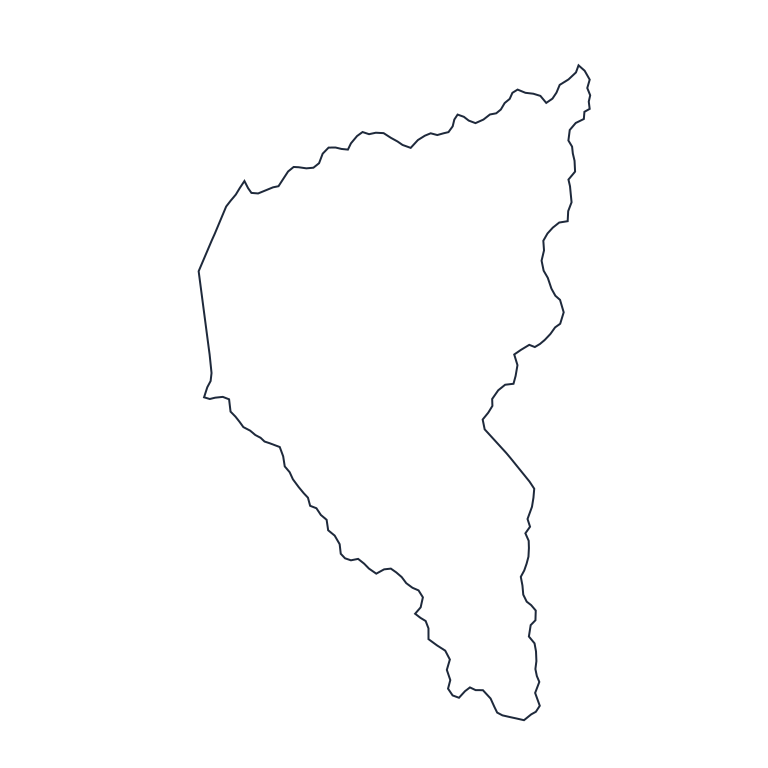 Gaspar, Santa Catarina, Brazil, rotated 183°
{"feature_id": "56859067B46612924507045", "entity_name": "Gaspar", "entity_type": "district", "adm_level": 2, "iso_a3": "BRA", "parent_name": "Brazil", "parent_adm1": "Santa Catarina", "projection": "equal_earth", "projection_center": [-48.984, -26.919], "detail": "fine", "context": "isolated", "style": "outline", "palette": "slate", "viewbox_px": 768, "rotation_deg": 183, "n_neighbors": 0, "source": "geoboundaries", "source_scale": "gbopen_adm2", "svg_char_len": 2858}
<svg xmlns="http://www.w3.org/2000/svg" viewBox="0 0 768 768"><g transform="rotate(183 384 384)"><path d="M206.4,712.4L208.6,705.2L215.7,697.8L224.2,691.9L227.0,684.0L230.7,677.8L236.7,673.2L242.9,679.9L250.1,681.7L258.0,682.2L266.0,685.0L271.0,681.5L273.4,675.3L278.2,670.9L281.7,664.2L286.1,660.2L292.3,658.7L298.5,653.3L306.3,649.3L313.2,651.5L318.2,655.0L324.6,656.9L327.6,651.8L328.9,644.9L332.8,638.9L337.6,637.5L343.8,635.4L350.5,636.8L356.2,634.1L362.9,629.4L369.7,621.2L378.0,623.7L383.2,626.9L390.0,630.2L397.5,634.5L405.3,634.5L412.0,632.7L418.6,634.5L423.9,630.2L429.6,622.6L432.3,616.2L438.7,616.5L444.7,617.6L451.7,617.2L457.3,610.8L460.4,601.1L465.8,596.3L472.8,595.3L480.6,596.0L485.6,596.0L490.9,591.2L495.2,583.8L499.7,576.0L505.1,574.6L512.7,571.0L519.7,567.7L526.4,567.9L530.0,572.5L534.0,579.4L538.3,572.1L541.9,565.4L546.6,559.2L550.9,553.0L560.9,525.1L563.5,518.4L575.0,486.9L561.0,411.3L559.7,404.4L556.8,385.9L557.3,377.9L560.3,371.5L563.0,361.3L557.2,359.9L551.9,361.5L544.3,362.7L537.9,360.6L535.8,348.4L530.6,343.6L526.3,338.7L522.2,333.6L515.2,330.4L509.8,326.3L504.4,323.8L500.3,320.3L495.2,318.9L484.8,315.6L480.9,306.5L478.8,296.5L473.6,291.0L470.0,284.1L463.9,276.7L458.5,270.8L454.0,266.5L451.4,258.5L445.0,256.4L440.2,249.9L434.2,245.4L432.1,235.0L425.3,230.0L419.9,221.7L418.3,212.2L413.8,207.9L407.8,206.2L400.7,208.0L394.5,203.6L389.4,198.9L381.8,194.2L374.2,198.9L367.5,200.0L361.9,196.5L356.2,192.1L351.3,186.2L344.9,182.0L338.7,179.7L334.0,173.0L335.7,162.9L340.9,156.2L335.4,152.4L330.0,149.5L326.8,142.3L326.2,131.5L317.3,125.7L308.9,120.9L303.8,112.3L306.3,101.8L302.3,91.8L304.1,83.1L299.2,76.6L292.7,74.6L287.0,81.5L282.3,85.5L276.5,83.1L269.2,83.4L261.1,75.5L256.8,67.2L253.8,61.8L248.4,59.3L240.9,58.0L234.7,57.0L226.6,55.6L219.7,61.8L215.2,64.6L211.6,70.8L216.9,83.4L213.3,94.6L216.1,100.4L217.9,107.3L217.3,115.2L218.2,124.9L220.1,132.9L226.1,139.4L224.9,150.9L220.4,156.0L220.6,165.7L225.5,170.9L230.1,174.1L233.9,180.9L235.2,190.0L237.3,198.6L234.2,205.1L232.2,212.0L230.7,219.1L230.7,227.8L231.3,235.0L235.0,242.3L230.7,249.1L233.6,256.7L229.8,269.1L228.8,278.3L228.5,287.3L233.6,294.2L254.1,317.0L258.2,321.4L281.1,344.0L283.6,353.7L278.4,360.8L274.6,367.8L275.2,374.7L269.6,383.7L263.0,389.6L254.7,391.0L253.0,398.9L251.7,409.8L255.5,420.3L249.1,425.2L241.0,430.7L235.3,428.8L230.4,432.1L225.8,436.4L220.5,442.6L216.1,449.5L211.2,453.4L208.3,465.0L212.6,477.2L217.5,481.1L221.8,488.0L226.0,498.6L230.5,505.5L233.1,515.4L231.2,525.8L232.4,535.4L228.6,542.9L223.6,549.0L217.5,554.4L209.1,556.2L209.1,566.3L206.2,575.3L207.6,584.5L208.6,591.2L210.5,597.8L204.3,606.1L205.4,616.9L207.5,624.1L208.6,630.9L212.6,636.8L211.8,647.4L206.2,654.7L198.3,659.1L198.1,666.3L193.0,669.5L194.3,676.7L193.2,683.1L196.5,690.2L194.5,698.7L200.0,707.3L206.4,712.4Z" fill="none" stroke="#1e293b" stroke-width="2"/></g></svg>